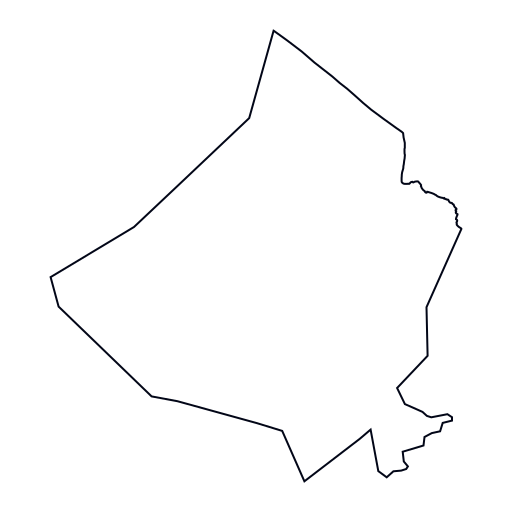 the district of Tessalit, Kidal, Mali
{"feature_id": "8926073B10282848961107", "entity_name": "Tessalit", "entity_type": "district", "adm_level": 2, "iso_a3": "MLI", "parent_name": "Mali", "parent_adm1": "Kidal", "projection": "natural_earth1", "projection_center": [1.279, 20.161], "detail": "fine", "context": "isolated", "style": "outline", "palette": "ink", "viewbox_px": 512, "rotation_deg": 0, "n_neighbors": 0, "source": "geoboundaries", "source_scale": "gbopen_adm2", "svg_char_len": 2791}
<svg xmlns="http://www.w3.org/2000/svg" viewBox="0 0 512 512"><path d="M304.4,481.3L359.8,438.8L370.6,429.6L378.3,471.1L386.7,477.3L393.4,471.3L401.2,470.6L406.2,469.0L407.9,466.4L403.8,461.5L402.7,451.7L423.5,445.5L424.5,437.0L431.8,433.1L440.1,431.3L442.7,422.9L452.0,420.6L452.0,417.2L447.4,414.2L438.6,415.9L431.3,417.3L426.9,415.9L422.5,411.9L416.7,409.3L404.9,404.1L397.1,388.0L427.6,355.8L426.5,307.2L461.4,228.9L461.2,228.6L461.0,228.4L460.8,228.1L460.6,228.0L459.9,227.6L459.1,227.1L458.0,226.2L456.9,225.0L456.7,224.6L456.7,224.4L456.8,224.1L456.8,223.6L456.5,222.9L456.5,222.3L456.7,221.9L457.0,221.7L457.1,221.2L457.2,220.5L456.9,219.8L456.4,219.5L456.2,219.3L456.0,219.2L456.0,218.8L456.1,218.3L456.3,217.6L456.6,216.8L456.9,216.1L457.1,215.6L457.5,214.7L457.5,214.2L457.0,213.9L456.7,213.6L456.1,213.3L455.8,212.7L455.8,212.3L456.0,212.0L456.2,211.5L456.2,211.1L455.7,210.8L455.6,210.5L455.6,210.1L455.8,209.6L456.1,209.3L456.4,209.2L456.5,209.0L456.4,208.7L456.2,208.4L455.9,208.1L455.6,207.9L455.2,207.5L454.8,207.1L454.4,206.5L454.1,205.9L453.8,204.9L453.5,204.4L452.7,204.2L452.4,203.6L452.0,203.1L451.7,202.9L450.8,202.8L450.4,202.8L449.9,202.4L449.4,201.9L449.0,201.4L448.8,200.9L448.5,200.2L448.2,199.8L447.9,199.6L447.6,199.6L447.1,199.7L446.6,199.4L446.0,199.1L445.4,199.1L445.0,198.9L444.6,198.4L444.4,198.1L444.2,198.2L443.9,198.5L443.6,198.4L443.3,198.1L443.0,197.9L442.7,197.9L442.1,197.8L441.1,197.6L439.4,197.1L437.9,196.5L437.2,196.1L436.4,195.5L435.9,195.0L434.7,194.5L434.0,194.0L432.8,193.5L431.5,193.0L428.5,192.1L427.9,191.9L427.6,191.8L427.3,191.8L427.1,191.8L427.0,192.1L426.7,192.6L426.1,192.7L425.4,192.3L424.9,191.7L424.8,191.4L424.5,190.9L424.1,190.7L423.4,190.2L422.7,189.4L421.8,188.2L421.3,187.0L421.2,186.5L420.9,186.1L421.0,185.7L421.1,185.1L420.9,184.8L420.4,184.1L419.8,183.4L419.4,183.0L419.3,182.8L419.1,182.6L418.3,181.7L417.9,181.4L417.5,181.4L416.9,181.4L416.0,181.5L415.1,181.6L414.3,181.9L413.8,182.2L413.4,182.4L413.1,182.4L412.3,181.8L411.9,181.9L411.3,182.0L410.6,182.4L409.8,183.3L409.5,183.6L409.0,183.9L408.1,183.7L407.7,183.8L407.0,183.9L405.5,183.9L404.1,183.8L403.1,183.4L402.1,182.6L401.7,181.9L401.6,180.9L401.6,180.7L401.6,178.7L401.6,177.7L401.7,177.0L401.8,174.6L402.1,172.5L402.3,171.7L403.0,169.4L403.3,168.1L403.4,166.2L403.8,164.1L404.2,160.7L404.6,158.5L404.9,155.1L404.8,154.4L404.6,153.9L404.5,151.5L404.5,148.9L404.8,147.9L404.8,142.9L403.6,137.5L403.1,133.1L402.1,132.1L397.9,129.1L396.8,128.4L384.0,119.2L371.2,109.7L363.3,103.1L356.3,96.8L347.2,88.8L339.6,82.9L332.3,76.5L322.2,68.6L314.5,62.6L301.7,51.5L287.1,40.4L273.8,30.8L273.6,30.7L249.2,118.1L178.0,185.5L134.0,227.0L50.6,277.1L58.6,306.6L151.6,396.4L177.4,401.2L256.8,423.1L282.2,430.9L304.4,481.3Z" fill="none" stroke="#020617" stroke-width="2"/></svg>